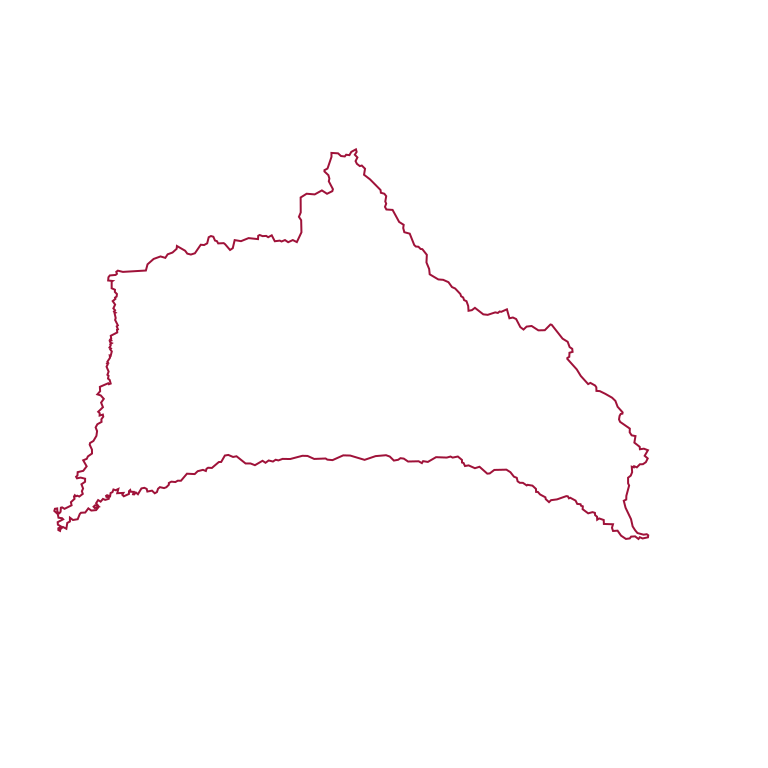 Uribe, Meta, Colombia (Mercator projection), rotated 104°
{"feature_id": "7082276B13422583014597", "entity_name": "Uribe", "entity_type": "district", "adm_level": 2, "iso_a3": "COL", "parent_name": "Colombia", "parent_adm1": "Meta", "projection": "mercator", "projection_center": [-74.312, 3.147], "detail": "fine", "context": "isolated", "style": "outline", "palette": "rose", "viewbox_px": 768, "rotation_deg": 104, "n_neighbors": 0, "source": "geoboundaries", "source_scale": "gbopen_adm2", "svg_char_len": 6159}
<svg xmlns="http://www.w3.org/2000/svg" viewBox="0 0 768 768"><g transform="rotate(104 384 384)"><path d="M163.1,468.0L166.7,471.9L170.3,472.9L170.7,476.2L172.7,477.1L173.2,480.9L171.3,484.4L172.5,490.9L176.3,489.9L187.2,490.8L188.7,491.0L190.9,493.5L192.2,493.2L194.8,488.5L197.9,486.7L200.7,486.6L207.3,480.7L209.4,480.8L213.2,485.3L211.2,491.1L216.8,497.1L218.1,505.1L223.2,510.0L237.7,506.3L242.4,507.0L245.1,504.0L256.8,500.8L267.4,502.9L266.4,507.3L269.6,511.3L268.3,514.9L270.5,517.9L270.1,519.8L271.9,524.5L266.9,528.9L269.6,531.9L268.8,534.1L269.9,537.6L269.5,540.7L270.6,541.9L273.9,541.3L275.2,550.7L280.0,557.3L280.5,563.7L288.8,563.6L291.2,565.8L286.8,572.0L286.1,573.6L287.7,578.9L285.8,580.7L285.7,582.7L282.4,585.2L282.3,587.7L284.0,589.6L290.3,589.6L292.7,592.2L293.2,595.5L302.9,599.1L305.1,602.7L305.1,606.4L302.8,609.2L300.2,618.3L303.0,617.9L307.6,621.0L310.5,625.3L314.5,626.7L314.3,631.7L318.4,637.8L325.1,642.4L331.5,642.5L338.4,664.5L338.4,669.7L339.9,670.9L341.7,669.8L343.1,670.8L345.0,676.3L347.1,677.2L350.3,676.7L349.7,672.3L350.5,673.0L357.0,671.4L357.6,667.9L359.8,667.4L361.3,664.9L363.8,664.6L365.3,665.9L366.4,665.2L369.2,667.3L372.0,664.1L376.1,664.9L377.5,662.8L379.0,663.5L379.7,661.9L380.2,662.7L384.9,660.3L386.9,660.4L391.5,656.4L392.7,657.3L395.3,655.4L395.9,656.2L398.5,655.3L403.3,660.8L406.1,659.6L407.0,660.4L407.8,659.2L408.6,660.5L410.1,659.4L410.3,658.0L411.8,659.2L412.8,658.5L415.1,659.2L415.6,657.5L416.7,658.0L418.2,656.0L422.8,656.0L422.7,657.0L424.8,656.2L429.3,657.8L430.3,656.7L431.1,657.7L431.9,656.8L434.3,657.4L438.6,654.2L442.0,654.6L442.6,653.3L445.5,653.1L446.4,651.2L449.7,649.3L450.8,650.9L450.0,651.8L455.5,659.0L459.7,657.7L463.4,659.6L463.6,656.1L466.2,652.3L470.5,654.0L474.5,651.1L480.1,654.6L481.1,652.8L483.4,652.3L481.7,649.4L483.6,648.5L486.6,649.7L489.1,648.9L492.4,652.4L495.9,653.3L499.1,651.0L503.9,650.5L509.6,652.2L512.3,654.9L514.1,654.9L518.3,651.5L522.1,650.5L525.9,653.8L528.5,654.3L530.8,657.4L535.8,652.6L541.0,654.8L543.6,659.9L547.0,659.3L548.5,660.3L549.8,659.1L548.2,655.7L548.2,651.1L551.2,650.4L554.5,653.3L558.2,650.7L561.1,651.2L563.5,649.7L566.9,652.4L566.6,654.7L567.5,655.8L566.7,657.1L568.2,657.6L570.3,656.5L574.4,659.2L577.3,657.8L582.4,663.8L581.6,666.5L582.2,667.6L586.2,666.9L587.9,667.7L587.1,670.0L583.8,671.0L584.7,673.1L586.9,673.2L589.2,669.0L592.5,667.5L592.1,663.9L592.9,662.6L597.0,667.2L599.4,666.4L600.5,662.5L602.8,665.1L604.5,664.6L604.9,662.8L603.2,662.9L600.4,660.9L601.3,657.2L595.4,657.7L593.4,655.5L589.7,656.4L591.2,652.9L589.3,648.5L583.6,647.7L582.2,646.8L581.0,642.8L576.2,640.8L577.6,637.4L576.0,632.8L572.9,631.4L574.3,634.7L573.3,636.1L571.6,635.0L571.4,631.8L569.3,634.5L565.8,633.3L566.7,630.5L563.5,628.9L563.9,626.5L562.0,623.3L560.3,623.5L560.7,626.0L559.8,626.6L558.9,625.8L559.2,622.6L555.9,622.9L554.6,621.3L551.8,621.0L552.0,618.7L550.1,616.4L554.5,616.4L552.7,610.5L554.8,611.1L555.9,609.3L552.4,604.9L549.7,605.5L548.3,604.6L549.8,603.7L549.2,600.7L551.7,600.8L551.6,599.7L549.3,598.5L550.5,596.1L544.0,594.1L542.7,591.4L543.2,588.9L545.6,587.6L543.6,583.3L545.5,580.0L543.8,578.2L540.3,577.9L538.3,576.5L538.2,572.2L536.8,570.2L533.8,568.4L532.1,568.8L530.2,566.7L529.6,562.7L527.7,560.7L527.0,557.6L518.7,553.5L517.2,545.9L513.7,543.7L511.1,538.9L511.5,535.8L509.2,535.7L507.8,534.4L507.1,530.7L499.7,525.4L499.0,523.1L491.9,521.1L490.5,517.9L491.3,512.8L489.8,509.6L494.6,499.1L493.4,494.3L494.0,489.6L487.9,483.3L489.1,479.9L486.1,477.4L486.1,473.0L483.7,470.8L483.7,468.0L481.2,464.3L479.5,456.9L473.4,445.8L472.3,440.8L473.6,433.6L470.4,422.6L471.1,420.7L470.3,415.5L463.1,406.3L461.6,399.5L462.3,384.5L456.0,374.7L452.6,364.8L453.0,360.8L455.9,355.9L454.1,351.9L452.0,350.1L451.6,346.8L453.4,341.9L450.6,331.7L451.6,328.1L449.4,327.4L449.0,322.6L442.4,315.8L440.2,305.3L438.3,301.9L438.8,299.6L436.5,294.8L438.8,290.0L441.3,289.3L441.4,287.7L444.0,285.6L442.5,282.2L443.7,275.4L441.2,271.3L446.0,262.1L445.2,259.8L440.7,256.2L437.5,244.5L439.0,240.0L442.5,235.5L442.9,232.5L446.1,230.8L447.0,228.4L446.3,225.3L447.9,221.0L447.1,220.3L446.7,215.4L449.0,211.2L451.9,210.3L451.5,208.6L453.4,205.9L454.9,200.0L456.6,199.2L458.7,195.3L456.3,193.8L454.1,188.2L448.7,180.0L448.5,178.5L450.2,176.9L449.3,175.8L450.8,169.9L453.6,167.5L453.1,164.2L454.4,163.4L454.6,161.5L457.4,161.0L460.1,154.6L457.9,150.7L458.0,148.2L460.2,147.4L461.2,145.2L464.1,144.3L462.4,142.7L462.8,137.9L466.6,136.8L464.7,127.9L468.4,128.0L471.2,126.2L469.8,121.9L473.8,117.3L475.8,111.8L474.4,108.2L472.3,107.3L471.1,103.5L472.8,99.6L470.8,98.7L471.3,95.7L468.9,90.8L466.9,91.0L466.2,92.7L467.4,95.7L467.3,102.0L465.2,104.9L462.0,108.3L455.4,111.6L445.6,119.7L439.3,123.1L437.5,121.0L433.9,121.8L423.2,121.6L421.4,123.1L415.9,124.5L413.2,122.4L409.5,121.9L404.3,123.6L404.4,121.4L403.3,121.4L403.7,118.5L400.0,116.3L399.2,113.4L396.5,111.0L392.4,110.1L390.6,113.7L384.4,111.9L383.9,116.2L385.4,119.9L383.1,120.7L380.3,126.9L373.7,127.4L373.9,131.3L371.5,133.9L367.8,134.7L363.6,145.8L361.5,147.4L358.0,147.7L355.8,147.1L355.1,145.5L353.8,145.6L349.6,151.8L344.4,155.4L342.1,159.4L340.0,166.9L338.7,172.9L339.3,176.2L335.8,177.2L334.4,178.8L333.0,184.0L334.7,185.9L328.6,195.0L323.2,200.5L315.3,212.2L314.4,212.4L312.8,210.8L308.8,211.6L307.2,208.8L304.3,209.9L303.3,212.8L298.6,216.0L296.8,221.7L286.0,235.6L286.0,236.9L292.9,241.0L294.6,247.2L292.0,254.8L293.8,259.5L297.4,261.8L295.8,265.5L289.0,271.5L288.3,275.0L289.9,278.2L281.8,282.8L285.6,287.7L285.7,289.4L287.5,290.7L287.6,293.4L291.8,300.1L292.4,304.5L288.1,314.2L291.1,316.6L292.5,319.7L287.9,321.2L283.7,324.0L283.2,326.6L280.9,328.1L280.2,330.4L278.2,331.7L274.1,338.1L273.5,341.5L269.6,346.1L268.6,351.8L269.4,356.6L266.5,366.2L261.5,368.0L255.8,372.2L248.3,373.7L243.9,379.4L244.1,381.2L242.5,383.8L242.9,386.4L241.8,388.3L231.9,395.4L231.8,401.0L228.0,403.1L224.8,403.4L223.1,408.5L213.0,417.8L214.1,423.9L211.9,425.9L208.5,425.5L206.6,426.9L201.2,427.3L199.3,429.7L199.2,433.3L196.6,434.3L188.8,447.1L185.8,454.0L179.7,454.5L177.4,458.4L178.4,460.2L176.9,463.6L174.6,465.5L170.6,464.6L168.6,467.8L165.4,466.7L163.1,468.0Z" fill="none" stroke="#9f1239" stroke-width="2"/></g></svg>